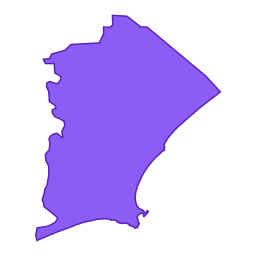 outline of La Paloma, Rocha, Uruguay
{"feature_id": "84410073B66166810311387", "entity_name": "La Paloma", "entity_type": "district", "adm_level": 2, "iso_a3": "URY", "parent_name": "Uruguay", "parent_adm1": "Rocha", "projection": "robinson", "projection_center": [-54.156, -34.573], "detail": "fine", "context": "isolated", "style": "filled", "palette": "violet", "viewbox_px": 256, "rotation_deg": 0, "n_neighbors": 0, "source": "geoboundaries", "source_scale": "gbopen_adm2", "svg_char_len": 4607}
<svg xmlns="http://www.w3.org/2000/svg" viewBox="0 0 256 256"><path d="M37.0,240.6L38.4,239.8L43.8,237.6L54.7,232.9L73.7,225.8L76.5,224.5L78.2,224.2L81.8,222.9L84.5,222.0L95.3,219.8L96.6,219.4L97.4,219.2L98.1,219.1L98.7,219.0L99.3,219.1L100.0,219.2L101.1,218.9L101.8,218.9L102.7,218.8L103.8,218.8L105.1,218.8L106.2,218.7L107.2,218.8L108.2,219.0L109.2,219.2L109.8,219.6L110.4,220.0L110.8,220.1L111.4,220.1L112.2,220.0L112.8,220.0L113.4,220.1L114.1,220.1L114.9,220.1L115.7,220.3L116.3,220.6L116.8,220.9L116.7,221.4L116.9,221.8L117.2,222.1L117.9,222.2L118.0,222.1L118.5,222.1L118.9,222.3L119.2,222.5L119.3,222.9L119.6,223.2L120.0,223.3L120.4,223.3L120.7,223.3L121.1,223.0L121.5,223.0L122.9,223.4L123.3,223.3L123.6,223.4L124.1,223.2L124.6,223.3L125.4,223.2L126.1,223.2L126.7,223.4L127.3,223.6L128.1,223.7L128.4,224.0L128.8,224.2L128.8,224.6L129.2,225.0L129.8,225.3L130.2,225.7L130.7,225.9L131.2,226.1L131.8,226.2L132.4,226.3L133.0,226.3L133.5,226.6L133.8,226.9L134.2,227.2L134.4,227.5L134.5,227.8L134.7,228.2L135.4,227.8L135.6,227.6L136.1,227.9L136.5,227.7L136.8,227.4L137.0,227.6L137.4,227.6L137.6,227.2L137.8,226.8L137.6,226.6L137.5,226.3L137.6,226.0L138.0,225.8L138.4,225.5L138.6,225.3L138.7,224.9L138.7,224.6L138.8,224.2L138.9,223.7L139.1,223.6L139.2,223.3L139.2,223.0L139.0,222.8L138.9,222.7L138.7,222.6L138.3,222.6L138.1,222.6L137.9,222.4L137.8,222.2L137.7,222.0L137.7,221.8L137.8,221.6L137.9,221.1L138.0,221.0L138.2,220.7L138.3,220.4L138.3,220.2L138.0,219.9L137.6,219.1L137.3,218.4L137.3,217.3L137.6,216.3L138.1,215.3L138.7,214.6L139.3,214.1L139.9,213.8L140.7,213.5L141.5,213.3L142.4,213.3L142.8,213.4L143.1,213.6L143.5,213.9L143.5,214.1L143.6,214.3L143.6,214.5L143.5,215.0L143.4,215.3L143.3,215.8L143.3,216.1L143.5,216.3L143.9,216.4L144.2,216.5L144.6,216.1L145.1,215.5L145.4,214.9L145.7,214.6L145.9,214.4L146.3,214.1L146.6,213.9L146.8,213.8L146.8,213.7L146.7,213.5L146.7,213.3L146.9,213.2L147.1,213.1L147.3,213.0L147.5,212.8L147.6,212.7L147.8,212.4L147.9,212.2L147.9,211.9L148.0,211.6L148.0,211.4L148.1,211.2L147.9,210.9L147.5,210.8L147.5,211.0L147.4,211.2L147.0,211.3L146.7,211.3L146.6,211.5L146.6,211.8L146.3,212.2L146.2,212.3L146.0,212.5L145.9,212.6L145.4,212.5L144.9,212.2L144.3,212.0L143.3,210.5L143.0,210.4L142.7,210.3L142.4,210.1L140.1,209.0L139.9,208.9L138.8,208.0L137.9,207.0L137.2,206.1L136.5,204.7L136.1,203.5L135.9,203.0L135.6,201.3L135.4,199.9L135.2,197.9L135.3,196.9L135.3,196.1L135.5,194.1L135.9,191.3L136.6,188.9L137.1,187.1L137.8,185.4L139.2,182.2L139.6,181.2L140.5,179.3L141.9,176.1L144.0,172.5L144.7,171.3L145.4,170.2L146.2,169.1L146.8,168.3L147.5,167.2L148.4,165.9L150.1,163.8L150.2,163.6L150.6,163.3L150.9,162.9L151.7,161.7L152.4,161.1L154.5,158.7L156.8,156.2L157.3,156.0L157.6,155.6L158.6,154.9L159.0,154.6L160.0,153.5L160.4,153.2L161.0,152.4L161.3,152.2L161.8,151.7L162.1,151.5L162.4,151.3L163.4,150.8L164.3,150.3L164.4,149.7L164.3,149.2L164.4,148.9L164.2,148.6L164.2,148.3L164.2,148.0L164.5,147.8L164.3,147.1L164.6,146.4L164.4,145.8L164.2,145.6L164.1,145.4L164.2,145.2L164.2,144.9L164.1,144.6L164.3,143.8L164.8,143.0L165.1,142.7L165.3,142.4L167.2,139.0L167.8,138.4L168.2,137.6L169.1,136.7L169.2,136.3L169.7,135.9L170.0,135.4L170.4,134.9L170.8,134.3L172.0,133.2L173.8,131.0L174.5,130.3L175.3,129.3L175.6,129.1L176.0,128.7L176.4,128.5L176.6,128.0L179.4,125.6L180.3,124.7L180.8,124.5L181.5,123.8L182.1,123.4L183.0,122.4L183.5,122.0L184.0,121.5L185.0,120.9L185.8,119.8L186.3,119.5L186.8,118.9L187.6,118.4L188.2,117.6L190.5,115.9L191.5,114.7L193.4,113.5L194.7,112.0L195.4,111.6L195.9,111.1L196.5,110.6L197.0,110.0L197.5,109.7L198.0,109.5L198.3,108.8L200.4,107.4L200.9,106.9L201.7,106.3L203.2,105.2L203.8,104.7L205.0,103.7L205.4,103.3L205.9,102.9L207.0,102.2L207.8,101.5L208.9,100.7L209.3,100.3L209.7,100.1L210.4,99.3L212.0,98.4L213.3,97.3L214.5,96.4L215.1,95.9L215.9,95.6L216.6,94.9L218.2,93.5L219.5,92.6L219.8,92.4L220.0,92.3L220.3,91.9L205.9,76.2L147.0,27.0L140.9,27.0L126.9,16.2L112.4,15.4L112.8,24.9L109.8,27.4L103.6,27.0L103.6,33.8L99.2,42.9L71.0,44.5L64.8,50.4L60.0,51.8L51.7,54.0L49.5,58.7L43.4,59.3L45.4,63.6L54.2,63.6L54.9,73.1L60.5,76.1L60.7,79.1L58.2,83.4L54.9,83.4L49.9,81.5L46.7,83.0L46.5,86.5L48.8,91.7L49.4,101.7L55.5,105.6L55.7,108.2L52.2,109.8L52.3,113.0L54.9,116.8L60.0,118.9L64.2,121.5L64.7,125.5L62.7,129.9L61.8,131.5L62.7,137.2L61.2,136.9L57.3,133.3L53.5,134.1L50.0,136.5L49.0,138.9L50.0,143.6L49.2,149.8L45.4,154.3L45.8,160.5L48.6,165.8L48.9,174.7L47.0,185.1L44.8,189.3L44.2,193.5L42.2,199.7L43.4,202.9L44.0,206.6L56.1,216.3L57.8,218.4L55.1,222.3L49.8,225.4L45.8,226.6L37.2,227.8L35.7,235.4L37.0,240.6Z" fill="#8b5cf6" stroke="#5b21b6" stroke-width="1.5"/></svg>